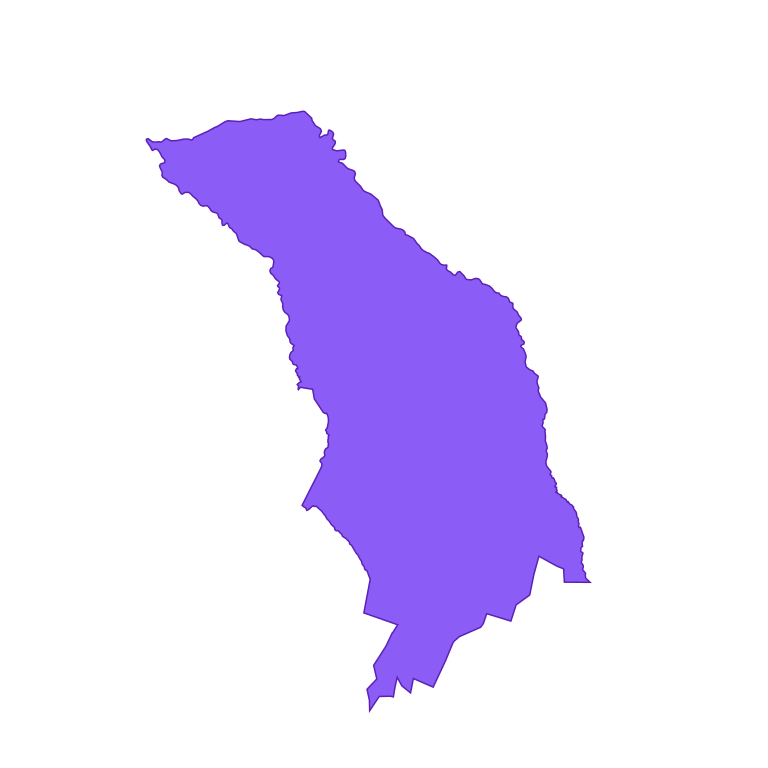 outline of Mangwe, Matabeleland South, Zimbabwe, rotated 162°
{"feature_id": "62879985B72758591248620", "entity_name": "Mangwe", "entity_type": "district", "adm_level": 2, "iso_a3": "ZWE", "parent_name": "Zimbabwe", "parent_adm1": "Matabeleland South", "projection": "natural_earth1", "projection_center": [28.025, -21.012], "detail": "fine", "context": "isolated", "style": "filled", "palette": "violet", "viewbox_px": 768, "rotation_deg": 162, "n_neighbors": 0, "source": "geoboundaries", "source_scale": "gbopen_adm2", "svg_char_len": 6160}
<svg xmlns="http://www.w3.org/2000/svg" viewBox="0 0 768 768"><g transform="rotate(162 384 384)"><path d="M336.6,119.3L326.6,133.1L310.6,138.3L300.4,156.4L289.9,172.3L275.8,157.3L270.3,152.7L273.7,139.8L249.3,131.7L252.1,136.9L251.8,139.5L250.8,141.7L252.5,146.2L251.0,148.3L250.7,149.6L250.8,151.2L251.7,153.0L250.0,155.6L249.3,158.3L247.1,161.5L247.1,162.1L248.3,163.5L248.6,164.6L247.8,165.8L247.4,167.2L245.3,168.3L244.8,171.3L243.9,172.6L243.9,173.3L242.6,173.7L241.2,176.4L241.4,186.4L241.8,187.4L242.8,187.3L243.0,188.6L241.7,190.9L241.9,192.7L241.0,194.6L241.0,196.3L241.6,198.8L241.0,200.7L240.9,202.7L242.2,207.1L242.1,208.1L241.7,208.4L243.0,211.1L244.4,212.4L245.3,215.3L246.1,215.1L246.7,218.0L250.4,222.1L250.4,222.5L249.6,222.6L249.8,223.5L252.5,225.9L252.6,227.2L254.0,227.6L253.8,228.2L252.3,229.2L252.4,230.9L251.8,232.4L253.2,233.2L253.3,233.8L251.1,235.4L250.8,236.5L251.5,237.9L251.6,241.3L252.2,242.6L253.0,242.7L253.2,243.5L252.9,245.1L254.0,246.4L253.7,247.2L252.8,247.9L252.3,249.4L253.7,252.9L254.6,255.6L254.6,256.9L254.2,259.9L251.3,264.4L250.2,267.1L250.5,268.9L250.1,271.0L248.7,272.3L248.1,275.1L248.2,279.9L246.4,284.8L245.6,289.4L244.8,290.5L244.9,291.3L246.5,294.5L246.4,295.6L244.7,297.8L243.9,301.2L242.8,301.0L242.0,301.4L240.4,305.1L237.9,306.9L236.8,309.3L236.2,316.0L239.1,323.4L239.5,329.8L237.9,332.5L238.1,336.3L237.8,339.2L235.1,343.2L235.0,344.0L237.5,347.5L238.3,350.3L241.0,352.6L243.4,356.2L243.1,361.2L240.4,366.1L240.1,368.1L240.5,374.3L241.9,376.2L242.4,377.7L241.5,378.4L238.5,378.9L237.7,380.6L237.9,381.6L239.5,383.9L239.0,385.1L238.9,386.7L240.5,388.9L239.9,392.3L241.2,396.9L238.8,400.5L233.7,402.4L233.3,403.3L233.5,404.9L234.8,408.0L235.0,411.2L237.8,415.8L237.4,418.7L236.6,420.2L236.7,421.2L239.1,423.2L239.2,426.8L240.0,428.3L241.0,429.3L241.9,429.5L245.0,431.5L245.9,432.8L246.5,434.8L249.5,436.5L250.8,438.9L251.6,441.4L253.4,444.5L257.3,447.7L259.4,448.7L260.7,453.4L261.7,454.9L264.1,456.1L269.1,456.1L272.9,457.8L273.7,458.8L274.4,462.0L277.1,467.5L279.2,467.7L282.6,465.3L284.0,466.1L286.3,470.1L287.7,471.3L288.9,473.3L289.0,474.8L287.7,476.8L287.7,477.8L290.3,478.5L292.7,480.1L293.6,481.6L294.6,485.2L297.2,489.6L300.3,494.0L302.8,496.0L305.8,499.3L306.8,501.5L307.8,505.0L309.2,507.5L310.9,513.2L315.5,518.1L317.5,519.3L317.2,522.1L318.1,524.2L319.8,525.9L324.5,528.6L326.0,530.3L331.7,541.2L333.0,544.9L331.8,550.5L332.4,554.4L332.7,560.6L337.7,568.6L342.0,572.3L343.9,574.4L345.2,579.3L348.7,586.0L348.8,588.4L348.4,589.6L346.3,592.6L346.2,595.1L347.5,596.8L351.2,599.5L352.6,601.2L355.3,606.8L358.6,609.2L358.6,609.6L357.6,610.9L356.7,611.3L353.0,610.0L351.2,610.5L350.0,612.4L348.9,616.2L349.0,618.3L350.3,619.1L356.8,620.3L360.4,622.8L360.3,624.4L357.0,626.9L355.7,628.5L355.4,630.2L356.9,632.0L357.2,633.5L354.8,637.0L354.7,638.2L354.9,639.3L356.5,641.6L357.8,642.5L358.4,642.2L360.4,638.7L361.8,638.6L363.7,639.1L368.7,638.1L368.9,639.4L368.6,640.4L365.6,643.3L365.4,645.0L365.7,646.6L369.4,650.9L371.0,657.0L370.6,659.1L375.2,667.6L377.0,668.5L382.4,669.0L388.7,670.5L396.0,670.2L401.5,672.4L403.3,672.1L407.0,670.3L409.3,670.3L417.0,672.7L419.4,674.1L423.9,674.8L428.5,677.3L439.8,678.1L451.1,682.6L454.0,682.6L462.7,680.5L465.7,680.3L473.4,678.8L488.9,677.1L490.3,675.8L491.6,675.4L494.2,677.3L498.8,678.8L505.5,679.5L511.4,681.1L515.0,684.7L516.4,684.6L521.0,682.8L523.3,684.0L526.8,684.7L529.5,686.0L532.4,690.1L534.2,690.3L534.7,689.3L534.7,687.7L532.9,682.0L532.5,678.5L531.8,677.6L528.7,678.2L526.8,676.6L525.8,674.2L524.9,668.6L523.3,665.3L523.4,663.9L524.3,662.4L528.6,662.2L530.0,661.1L530.1,659.0L529.4,653.6L530.7,651.4L530.6,649.2L527.7,645.6L526.0,642.4L521.8,639.1L520.0,637.1L518.9,634.7L519.0,630.6L518.1,627.6L517.2,626.9L514.0,627.7L510.7,626.7L509.1,624.7L507.8,621.7L505.5,618.1L504.3,615.0L504.2,613.0L503.1,610.6L501.1,609.0L498.7,608.7L496.8,608.0L495.6,605.2L494.9,602.3L493.8,600.7L490.1,598.1L489.6,596.8L489.5,593.0L488.2,591.5L487.5,589.7L488.5,586.7L488.5,584.8L487.0,584.3L484.3,585.5L483.0,585.2L482.5,580.5L480.8,578.7L480.1,576.3L477.9,572.5L477.8,565.3L477.5,564.2L473.5,560.0L469.3,556.8L467.7,553.4L464.4,551.2L462.2,548.1L458.9,542.3L453.8,540.6L451.5,538.1L450.8,536.4L450.9,534.6L453.6,529.4L456.0,528.8L457.2,527.6L457.6,526.0L457.5,524.4L455.7,521.4L454.6,517.3L452.1,513.6L452.2,512.4L454.8,510.5L454.9,509.7L453.8,507.7L453.9,506.7L456.9,503.7L456.7,502.4L456.2,501.5L453.9,499.6L455.7,496.7L455.9,495.8L455.4,491.5L456.5,488.9L456.9,485.7L456.1,482.7L454.3,480.3L453.5,477.9L454.1,474.3L454.8,473.1L459.2,469.4L460.9,464.7L460.9,459.8L459.8,456.3L460.3,452.6L459.7,451.2L457.5,448.3L459.5,446.7L459.9,443.9L462.8,442.7L464.4,441.0L465.8,438.3L465.6,437.6L465.9,436.7L464.3,433.8L464.4,431.4L463.7,430.3L461.6,429.3L461.0,426.4L461.4,425.3L462.5,425.6L464.1,423.9L463.3,420.4L463.7,419.0L463.0,418.0L463.1,417.0L462.1,416.8L462.9,415.3L462.1,411.7L464.0,411.6L466.7,410.4L466.0,408.4L467.3,405.5L467.2,405.1L464.6,406.7L453.5,401.0L454.9,391.3L450.5,375.7L449.5,374.5L448.6,373.9L447.7,374.0L447.5,373.5L447.3,370.3L447.7,368.0L448.6,365.1L451.3,360.2L453.8,358.2L453.4,356.6L453.6,354.6L452.0,352.3L453.2,351.4L453.8,349.2L454.5,348.5L455.3,346.1L455.3,344.1L456.2,342.8L456.2,342.0L457.1,341.0L459.7,340.3L461.4,338.5L462.2,336.4L462.1,334.5L463.4,333.4L467.4,332.0L468.7,330.6L467.7,327.7L468.2,325.8L470.3,323.2L499.4,293.9L497.9,291.5L496.6,290.2L496.5,287.7L494.7,287.8L489.8,290.0L489.0,290.0L488.4,289.1L486.5,288.8L485.9,288.2L482.6,282.4L480.4,276.1L480.1,273.7L478.6,270.7L477.4,266.4L475.5,263.0L475.7,260.4L474.9,259.2L472.6,258.4L472.2,256.8L470.7,254.3L470.5,251.9L467.9,248.7L465.8,244.5L466.1,242.4L464.7,240.7L462.7,231.5L461.8,229.9L461.0,225.2L460.2,222.7L460.4,219.4L459.3,216.3L459.6,214.0L459.0,212.6L457.9,211.9L457.5,202.5L473.9,172.5L445.4,150.8L451.9,145.3L453.1,144.7L463.1,134.1L480.8,119.6L482.0,105.7L494.5,98.9L495.6,87.8L498.6,77.7L485.1,88.3L474.1,85.0L471.8,83.5L467.1,92.5L462.1,101.0L460.3,91.4L454.2,82.0L447.1,94.8L430.9,80.5L410.9,101.9L398.6,116.3L396.9,117.7L390.5,120.4L389.1,120.6L367.2,122.8L363.5,125.5L357.3,133.8L336.6,119.3Z" fill="#8b5cf6" stroke="#5b21b6" stroke-width="1.5"/></g></svg>